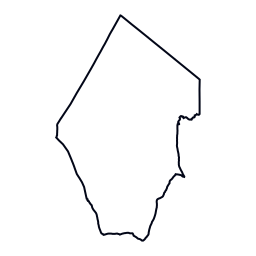 Lushoto, Tanga, United Republic of Tanzania
{"feature_id": "72390352B30242417713864", "entity_name": "Lushoto", "entity_type": "district", "adm_level": 2, "iso_a3": "TZA", "parent_name": "United Republic of Tanzania", "parent_adm1": "Tanga", "projection": "natural_earth1", "projection_center": [38.469, -4.546], "detail": "fine", "context": "isolated", "style": "outline", "palette": "ink", "viewbox_px": 256, "rotation_deg": 0, "n_neighbors": 0, "source": "geoboundaries", "source_scale": "gbopen_adm2", "svg_char_len": 5275}
<svg xmlns="http://www.w3.org/2000/svg" viewBox="0 0 256 256"><path d="M56.3,137.6L57.9,139.3L58.8,140.3L63.0,144.3L65.9,148.4L68.0,151.4L71.2,159.0L72.3,161.8L72.9,163.2L74.4,167.2L74.5,167.6L74.9,168.7L76.8,174.0L78.2,176.2L79.4,178.0L80.6,180.0L82.0,182.3L84.1,187.0L86.4,197.6L86.5,197.7L86.6,198.0L86.6,198.3L86.6,198.6L87.0,198.8L87.4,199.1L87.3,199.3L87.3,199.6L87.3,199.9L87.5,200.0L87.8,200.1L87.9,200.3L87.9,200.5L87.9,200.9L88.0,201.0L88.5,201.0L88.8,201.2L88.9,201.4L89.0,201.7L89.2,202.1L89.4,202.4L89.6,202.7L89.7,203.0L89.9,203.1L90.1,203.3L90.2,203.5L90.3,203.7L90.4,204.0L90.6,204.2L90.9,204.4L91.1,204.8L91.3,204.9L91.6,205.1L91.7,205.4L91.9,206.0L92.1,207.1L92.4,207.9L92.8,208.7L93.6,210.0L94.6,211.2L95.4,212.2L96.1,213.2L96.6,214.5L96.8,215.2L97.0,216.5L97.3,217.6L97.5,219.0L97.9,220.5L98.2,222.1L98.2,223.6L98.7,225.3L98.9,226.8L99.4,228.4L100.0,229.9L100.6,231.5L101.1,232.8L101.6,233.5L103.1,234.2L103.5,234.7L103.5,234.8L103.8,234.9L104.2,234.6L104.3,234.6L104.5,234.6L105.0,234.5L105.5,234.4L105.9,234.2L106.4,234.1L107.0,233.9L107.8,233.7L108.5,233.6L108.9,233.6L109.4,233.6L110.1,233.6L111.0,233.6L111.7,233.7L112.8,233.9L114.7,233.9L115.9,233.7L116.6,233.6L117.0,233.6L117.3,233.6L117.7,233.7L118.0,233.9L118.5,234.0L118.8,234.0L119.1,234.1L119.4,234.3L119.8,234.6L120.2,234.5L120.5,234.3L120.9,234.2L121.5,234.0L121.9,233.8L122.5,233.6L123.2,233.5L123.8,233.3L124.4,233.2L124.8,233.1L125.3,233.1L125.8,233.0L126.4,232.9L127.0,232.9L127.4,232.8L127.7,232.8L128.2,232.8L128.5,232.9L128.9,232.9L129.3,233.1L129.9,233.3L130.4,233.3L131.0,233.3L131.8,233.3L132.5,233.3L133.1,234.2L133.7,235.8L134.3,236.0L135.2,236.6L136.4,237.3L136.5,237.4L137.1,237.9L137.7,238.5L138.5,238.8L139.4,239.0L140.2,239.3L140.9,239.7L141.2,240.0L141.6,240.2L141.8,240.5L142.1,240.6L142.6,240.6L142.9,240.6L143.1,240.6L144.3,239.7L144.5,239.4L145.3,238.6L145.7,237.7L146.0,237.5L146.5,237.2L146.8,236.6L147.9,235.3L148.4,234.6L148.6,233.7L148.7,232.5L149.0,231.0L149.3,229.5L149.8,227.8L150.3,226.0L151.1,224.4L151.7,223.1L152.0,221.9L152.6,221.0L153.6,219.3L154.3,217.5L155.0,215.4L155.5,213.6L156.1,210.2L156.5,208.3L156.8,207.3L156.8,206.1L156.9,205.7L156.9,204.7L156.9,203.8L156.8,203.0L156.7,202.1L156.7,201.1L156.9,200.2L157.2,199.6L157.6,199.2L157.9,199.0L158.5,198.7L159.2,198.4L159.9,198.2L160.6,197.8L161.2,197.5L161.7,197.2L162.1,197.0L162.4,196.8L162.8,196.4L163.1,196.0L163.3,195.4L163.7,194.7L163.9,194.2L163.9,193.9L164.1,193.3L164.3,192.6L164.6,192.3L165.0,192.0L165.2,191.5L165.4,190.9L165.7,190.5L166.0,190.3L166.2,190.0L166.2,189.7L166.4,189.2L166.7,188.8L166.9,188.3L167.0,187.6L167.2,186.9L167.4,186.4L167.7,186.0L168.0,185.6L168.3,185.0L168.6,184.5L168.9,184.1L169.3,183.6L169.6,183.0L169.5,182.5L169.6,181.8L169.7,181.4L169.9,180.9L170.1,180.5L170.6,180.1L171.0,179.7L171.5,179.4L171.8,179.0L172.4,178.4L172.7,177.9L173.0,177.4L173.3,177.1L173.9,176.3L174.6,175.8L174.9,175.4L175.3,174.8L175.6,174.2L175.8,174.1L176.3,174.4L176.7,174.5L177.1,174.4L177.5,174.4L178.2,174.5L178.9,174.7L179.3,174.7L179.7,174.9L180.1,174.9L180.7,175.1L181.4,175.3L181.7,175.7L182.0,175.9L182.6,176.5L183.4,176.7L183.9,176.8L184.2,176.9L184.3,176.5L183.8,175.7L183.4,175.0L182.8,174.0L182.1,172.2L181.7,171.5L181.1,170.5L180.5,169.3L180.0,168.1L179.4,167.0L179.0,165.7L178.9,164.9L178.8,164.4L178.9,163.8L178.8,163.1L178.8,161.9L178.9,161.1L179.0,160.1L178.8,159.0L179.0,158.1L179.0,157.4L178.8,156.6L178.6,155.7L178.6,154.9L178.5,154.0L178.3,153.0L178.2,152.6L178.2,152.4L178.1,152.0L177.8,150.8L177.6,149.5L177.4,148.3L177.1,147.1L176.9,145.7L177.0,144.5L177.1,143.3L177.1,142.2L177.0,140.7L177.1,139.2L177.0,137.9L177.1,136.9L177.1,135.5L177.4,133.7L177.4,132.4L177.5,130.8L177.4,128.9L177.4,126.1L177.4,125.3L177.7,124.0L178.0,123.9L178.5,124.1L178.8,124.3L179.1,124.2L179.1,123.8L178.9,123.2L178.4,122.7L178.1,122.2L178.3,121.6L178.6,121.1L179.0,120.5L179.5,120.1L179.8,119.5L180.0,119.1L180.0,118.8L179.8,118.3L179.5,117.5L179.9,117.2L180.1,116.7L180.5,116.4L180.8,116.1L181.4,116.1L181.7,116.5L182.1,116.7L182.4,116.4L182.7,116.4L182.9,116.6L183.2,116.8L183.3,117.2L183.4,117.8L183.6,118.1L183.8,118.0L184.2,117.7L184.8,117.5L185.5,117.3L186.0,117.2L186.5,117.5L186.8,117.7L187.3,118.1L187.6,118.4L188.0,118.8L188.4,119.1L189.2,119.5L189.9,119.6L190.3,119.5L190.9,119.5L191.2,119.7L191.5,119.6L191.5,119.1L191.6,118.9L191.8,118.7L192.3,118.6L192.4,118.3L192.7,117.8L192.8,117.8L193.1,117.6L193.4,117.3L193.7,117.4L194.1,117.4L194.6,117.0L194.8,116.5L194.8,116.0L194.7,115.4L194.9,115.3L195.9,114.9L196.4,114.6L196.7,114.2L197.0,114.5L197.3,114.6L197.6,114.5L198.1,114.6L198.6,114.7L198.8,114.8L199.2,114.4L199.6,114.0L199.6,101.8L199.5,89.3L199.7,79.6L198.6,78.6L198.2,78.3L164.7,51.0L155.3,43.4L143.1,33.5L142.1,32.7L139.9,30.9L131.5,24.2L125.9,19.6L121.7,16.2L120.5,15.4L120.4,15.4L112.7,29.2L110.8,32.4L110.5,33.0L109.9,34.0L106.7,40.4L106.6,40.5L105.3,43.0L104.6,44.3L103.3,46.5L100.5,51.7L98.5,55.2L96.0,59.7L94.3,62.9L91.6,67.7L83.8,81.3L76.6,93.3L73.5,98.8L70.5,104.1L67.3,108.9L64.1,113.7L61.0,118.4L60.9,118.4L59.0,121.5L57.4,124.0L57.2,124.7L57.1,125.7L57.3,126.9L57.3,129.7L57.2,130.8L57.2,132.3L57.1,133.5L57.1,134.8L56.9,135.4L57.0,135.5L56.8,136.0L56.6,136.7L56.3,137.4L56.4,137.5L56.3,137.6Z" fill="none" stroke="#020617" stroke-width="2"/></svg>